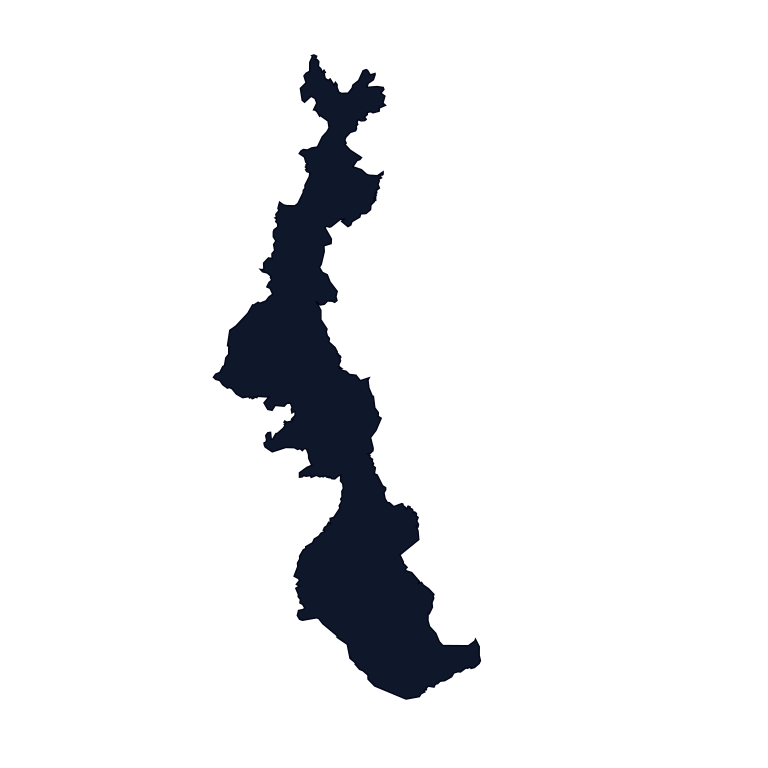 outline of Zacapala, Puebla, Mexico, rotated 115°
{"feature_id": "50627088B97591121606853", "entity_name": "Zacapala", "entity_type": "district", "adm_level": 2, "iso_a3": "MEX", "parent_name": "Mexico", "parent_adm1": "Puebla", "projection": "albers", "projection_center": [-98.077, 18.596], "detail": "fine", "context": "isolated", "style": "filled", "palette": "ink", "viewbox_px": 768, "rotation_deg": 115, "n_neighbors": 0, "source": "geoboundaries", "source_scale": "gbopen_adm2", "svg_char_len": 6171}
<svg xmlns="http://www.w3.org/2000/svg" viewBox="0 0 768 768"><g transform="rotate(115 384 384)"><path d="M106.6,533.0L108.9,535.3L119.7,535.2L126.2,538.5L129.3,537.9L135.6,539.4L138.6,545.3L138.6,548.3L135.0,552.0L132.5,553.0L131.1,555.5L134.3,555.6L130.3,561.7L132.4,562.9L131.9,566.5L127.8,569.6L126.4,568.9L125.0,571.0L127.5,571.8L124.9,574.6L123.9,577.7L119.3,579.4L118.3,581.7L118.7,583.2L115.4,583.6L115.4,586.6L117.0,588.3L117.5,587.2L123.7,587.2L132.0,583.5L135.4,586.0L138.6,586.7L143.9,581.9L151.4,584.7L161.4,578.0L162.2,575.1L154.0,571.7L154.3,567.2L157.8,563.6L165.3,563.7L164.8,561.9L165.7,559.5L168.5,555.5L167.6,555.1L169.3,545.8L175.1,542.0L179.4,542.3L186.1,544.4L197.4,544.5L200.6,549.3L204.4,552.4L205.5,556.1L207.8,557.7L211.0,558.2L211.9,552.1L216.1,548.5L216.8,546.3L218.5,547.3L220.0,546.2L220.6,546.8L221.7,544.7L222.9,545.5L224.1,543.8L223.7,540.6L227.4,539.3L237.3,539.6L240.2,538.2L242.4,539.0L244.9,538.1L256.9,538.3L260.3,540.2L263.5,547.6L264.2,550.8L263.3,555.5L269.7,554.3L271.0,552.5L275.9,553.7L278.5,551.9L279.5,552.9L280.1,550.7L282.5,550.8L283.5,548.2L286.5,546.6L290.6,548.8L292.8,548.6L297.4,546.5L300.0,542.4L304.2,543.0L309.2,539.5L313.3,540.6L317.5,538.4L318.6,542.0L325.3,544.2L330.0,541.7L331.7,542.2L332.4,544.4L333.6,541.4L332.7,536.7L334.0,532.1L335.4,532.0L337.3,529.6L340.6,531.1L345.5,531.2L345.4,527.7L349.6,522.8L353.6,525.0L358.6,526.1L363.3,530.6L363.1,532.6L367.5,535.4L367.8,536.5L377.5,537.3L394.0,542.7L400.5,546.4L415.4,542.0L415.6,539.6L416.8,540.0L422.7,537.3L427.1,538.4L434.8,536.3L436.3,537.5L442.8,537.6L446.2,540.7L450.0,541.4L450.9,538.5L450.2,534.3L452.8,529.8L453.9,524.2L452.5,522.7L452.5,519.7L455.5,513.6L456.1,506.3L452.6,501.3L453.5,500.0L452.2,498.7L453.0,497.2L451.9,496.0L450.7,496.5L450.1,493.5L448.6,493.3L444.4,482.8L451.8,484.8L456.1,478.6L455.1,474.3L449.4,473.6L446.3,465.1L442.6,463.9L440.9,460.7L444.1,457.3L446.1,457.3L449.1,455.2L446.7,453.8L447.6,452.3L450.3,451.3L454.5,452.8L455.4,452.7L454.7,451.5L456.4,451.4L459.7,456.1L459.5,458.3L460.9,458.4L460.8,456.5L462.6,457.3L463.0,456.2L466.4,456.5L474.0,459.8L474.6,461.0L481.7,461.6L481.9,462.8L475.8,466.4L477.3,468.7L480.7,469.4L484.5,466.6L486.7,466.6L488.1,467.8L489.7,466.8L491.3,465.1L492.7,456.6L483.0,446.2L479.6,438.4L479.8,434.6L478.0,432.8L478.9,429.9L476.2,429.0L475.6,426.8L479.7,422.6L483.2,420.8L488.2,415.1L492.3,418.7L500.2,423.1L504.2,421.2L502.5,418.7L501.0,418.4L500.5,415.6L498.1,412.0L499.4,410.5L495.3,406.7L495.3,402.8L494.2,402.1L493.8,399.8L491.7,398.3L492.6,396.9L492.0,393.9L491.0,394.0L491.9,391.4L490.8,388.5L486.2,386.4L485.1,384.5L490.3,382.4L491.6,379.4L495.8,376.7L499.1,376.8L504.1,374.3L506.6,374.6L508.4,372.7L513.3,373.1L515.1,371.5L526.1,373.1L528.6,376.0L533.4,373.5L532.8,375.7L537.0,375.9L539.1,377.3L542.1,377.2L541.6,375.8L542.6,375.3L545.8,378.0L549.7,378.8L553.9,381.7L558.1,381.6L564.6,386.2L566.2,385.3L568.2,387.0L575.7,387.7L578.2,386.4L582.9,386.7L585.7,385.0L596.2,384.2L596.4,379.4L597.5,377.5L602.6,378.7L602.9,375.3L606.4,377.6L610.9,372.6L613.0,371.9L614.6,368.6L617.9,367.7L618.1,364.6L620.3,361.3L622.3,361.6L625.4,365.7L630.4,364.7L632.9,361.1L632.6,358.1L624.5,346.5L624.0,344.3L627.1,338.2L631.9,320.1L633.4,319.5L635.4,307.3L647.0,298.8L648.4,293.3L649.2,291.5L650.1,291.7L652.9,285.6L652.7,281.9L654.6,275.5L658.2,273.7L661.6,264.9L660.2,230.9L652.4,219.9L648.8,219.4L645.8,216.9L644.4,218.3L643.2,216.4L641.6,217.1L639.1,216.2L637.5,210.6L634.3,210.6L632.9,208.8L629.6,207.5L627.2,203.6L620.7,199.0L616.3,198.6L613.4,195.3L612.7,193.0L606.5,189.7L606.5,188.4L604.0,186.0L605.0,184.9L602.7,182.2L597.1,179.7L594.0,179.7L589.7,183.1L581.8,186.7L576.7,193.2L578.7,193.1L585.6,196.9L596.2,220.1L594.2,225.0L588.1,231.7L584.6,240.2L579.9,244.2L573.2,247.1L573.1,245.9L565.8,245.8L562.0,248.1L557.1,248.4L555.9,249.6L553.6,249.9L550.7,257.2L549.6,263.5L548.0,266.1L550.1,268.3L548.1,268.3L543.2,279.2L544.0,285.2L542.6,286.4L540.4,285.6L538.4,290.9L537.1,291.3L532.1,297.4L510.3,286.8L502.8,291.1L499.3,294.5L499.2,292.8L496.7,293.4L494.4,296.4L490.5,296.7L490.0,298.9L487.7,299.9L487.1,301.5L487.3,302.7L488.5,303.0L485.6,305.2L485.6,307.9L484.4,308.4L484.5,310.5L488.2,310.9L486.5,313.1L486.3,315.2L484.9,316.1L484.9,317.3L491.0,323.3L489.3,328.9L490.0,331.0L487.5,334.6L482.6,338.1L479.1,337.8L477.3,338.7L476.8,342.4L469.3,351.8L469.4,354.8L463.5,356.5L462.7,359.7L460.6,359.8L459.1,362.0L457.1,362.6L456.5,366.1L454.7,366.5L454.3,369.2L452.7,367.2L449.2,365.8L446.8,366.7L438.2,373.6L429.4,371.7L416.2,372.1L415.8,375.6L412.3,377.1L409.5,382.3L399.7,388.4L400.2,389.2L393.9,396.1L387.2,400.2L384.7,400.1L391.0,406.9L387.9,413.1L390.0,419.5L388.5,423.7L389.4,427.6L388.6,430.8L387.8,429.1L387.2,431.9L385.9,433.1L381.4,433.2L379.7,434.7L377.9,434.5L377.0,435.9L377.7,437.1L376.2,437.7L376.0,439.5L374.5,440.1L371.6,443.9L369.2,451.7L365.7,452.8L364.3,455.8L361.1,458.4L358.3,458.9L352.4,468.4L343.9,472.4L337.6,480.7L339.4,475.3L336.9,471.8L332.6,470.3L330.8,465.9L330.8,463.2L328.2,461.9L325.2,464.5L319.8,465.6L314.4,476.0L309.0,481.6L308.9,487.0L305.6,491.8L302.0,491.5L289.4,494.1L284.1,496.9L279.1,491.3L274.8,493.0L267.3,503.6L265.2,502.7L264.9,499.8L263.7,498.4L253.4,493.3L251.4,489.5L254.5,491.1L256.6,483.2L253.9,481.3L250.5,481.7L242.9,476.5L239.7,477.1L237.1,472.4L231.7,469.9L227.3,471.5L222.6,469.8L221.7,470.9L221.0,469.2L218.4,470.5L219.7,471.5L219.3,472.1L216.6,470.7L215.8,472.2L215.0,471.4L214.4,472.6L213.6,471.5L211.8,472.7L208.4,471.0L205.7,473.8L202.0,474.1L200.8,475.4L198.2,473.4L197.7,474.8L195.9,475.4L195.2,473.7L194.1,473.5L192.1,474.5L198.1,478.0L201.1,485.9L201.3,488.6L199.3,495.1L200.3,504.1L192.9,502.9L190.7,500.7L188.3,500.1L186.4,513.4L183.4,520.7L181.7,520.1L179.6,522.6L176.5,522.9L170.2,520.9L166.5,516.8L164.3,516.8L161.8,518.3L159.9,517.5L158.0,519.2L155.2,519.0L155.2,516.0L153.4,512.8L151.6,512.0L150.2,514.6L146.9,513.0L144.9,514.0L142.7,510.9L142.9,508.7L138.8,503.7L135.8,504.9L130.8,500.5L129.9,503.7L122.7,504.9L121.8,509.8L117.2,508.6L115.6,510.0L117.4,516.0L122.5,525.0L118.1,525.4L112.8,522.2L107.4,522.8L106.4,523.4L109.7,527.1L106.7,531.5L106.6,533.0Z" fill="#0f172a" stroke="#020617" stroke-width="1.5"/></g></svg>